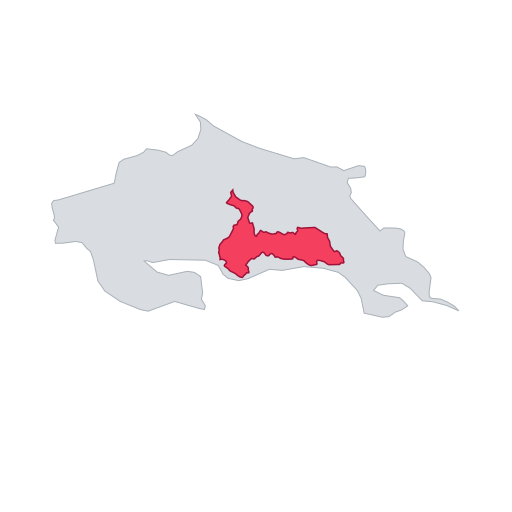 where San José sits in Costa Rica, rotated 318°
{"feature_id": "CRI-1331", "entity_name": "San José", "entity_type": "Province", "adm_level": 1, "iso_a3": "CRI", "parent_name": "Costa Rica", "parent_adm1": "", "projection": "equal_earth", "projection_center": [-83.994, 9.633], "detail": "fine", "context": "in_parent", "style": "filled", "palette": "rose", "viewbox_px": 512, "rotation_deg": 318, "n_neighbors": 0, "source": "natural_earth", "source_scale": "10m", "svg_char_len": 6580}
<svg xmlns="http://www.w3.org/2000/svg" viewBox="0 0 512 512"><g transform="rotate(318 256 256)"><path d="M396.5,261.8L396.1,263.9L394.6,266.1L392.5,268.3L389.8,269.9L383.1,265.3L376.6,260.1L372.9,262.5L371.6,269.2L369.2,272.7L366.1,274.0L364.9,276.3L364.7,299.0L364.9,320.4L369.9,320.8L378.1,328.3L381.7,332.7L382.8,336.7L381.8,338.7L375.7,343.3L369.8,349.3L366.9,356.6L372.1,368.5L373.2,376.6L373.0,385.1L371.6,389.2L360.2,398.9L357.6,402.3L358.0,404.8L364.3,411.5L367.3,418.0L369.8,425.8L370.1,432.6L364.4,420.0L356.5,408.0L349.6,400.6L349.0,383.3L346.2,373.9L335.8,365.2L326.9,359.2L320.3,360.4L324.4,370.4L334.8,383.1L335.5,388.0L335.4,394.6L328.2,393.5L321.8,390.9L314.1,390.0L309.0,386.1L298.1,370.9L305.8,357.9L308.2,349.4L308.0,331.7L306.2,323.2L297.8,310.1L284.5,295.9L265.8,284.2L257.0,274.8L235.1,267.6L226.7,262.8L220.3,253.9L219.3,247.5L221.6,237.7L215.6,225.3L189.5,200.8L174.9,191.8L171.8,186.5L169.5,184.9L171.7,201.7L178.1,211.9L194.7,221.4L199.3,227.0L201.1,234.2L191.5,247.9L186.5,251.5L185.1,259.0L181.9,261.3L178.6,256.9L165.1,235.3L139.0,224.9L134.3,218.6L124.7,198.9L120.2,180.8L121.8,168.8L132.6,150.1L136.0,142.0L135.3,137.0L135.7,129.6L131.7,124.5L121.8,117.8L115.5,112.4L117.2,109.7L128.6,102.5L129.3,95.9L129.3,93.8L131.1,93.3L132.8,91.6L133.8,89.8L136.9,83.5L139.6,80.0L142.7,79.4L146.5,82.0L160.8,88.8L176.7,96.3L199.3,107.0L208.7,100.1L216.8,94.9L222.4,95.6L234.6,101.7L241.9,103.7L246.4,103.1L254.2,112.0L258.5,118.7L259.2,123.2L261.5,125.6L267.6,126.1L282.5,130.7L291.5,129.8L299.8,125.0L304.3,119.2L305.7,110.1L307.8,114.6L310.3,121.7L311.4,130.8L322.0,161.2L330.6,178.2L349.3,209.2L357.4,214.9L371.0,239.8L375.7,243.9L378.4,251.3L392.6,257.4L396.5,261.8Z" fill="#d9dde1" stroke="#a8b0b8" stroke-width="1"/><path d="M268.6,218.4L269.5,218.2L271.7,217.2L273.3,215.9L274.4,212.2L274.9,209.9L274.8,209.1L274.5,208.7L274.1,208.2L273.4,207.2L273.3,204.5L273.1,203.6L272.0,202.0L270.0,198.2L269.7,197.3L269.7,196.7L270.1,196.5L273.8,196.2L275.4,195.7L277.3,195.5L277.7,195.3L278.2,194.6L279.8,191.8L282.9,191.4L282.2,192.4L281.6,193.4L280.5,198.5L281.7,203.9L281.9,204.3L282.2,204.8L282.9,205.7L283.6,206.4L284.0,206.6L284.2,206.8L285.9,209.3L286.2,210.0L286.4,210.9L286.6,213.9L286.9,216.4L286.8,217.3L286.5,217.8L286.2,218.1L285.7,218.4L284.7,218.5L283.6,220.0L283.4,220.2L283.1,220.3L282.8,220.2L282.6,220.0L281.8,219.9L279.6,219.9L279.6,220.0L275.7,221.8L273.5,226.7L273.3,227.6L273.5,227.7L273.8,228.0L275.5,229.0L273.0,234.2L272.4,235.1L271.4,236.0L269.9,237.8L269.3,239.1L269.1,239.8L269.0,240.3L269.0,240.6L269.1,240.9L269.1,241.2L269.3,241.4L269.5,241.6L269.9,241.5L271.0,241.0L271.6,240.8L271.9,240.8L272.4,240.8L272.9,241.0L276.0,240.1L276.7,240.2L276.9,241.3L277.0,241.8L277.2,242.4L277.7,243.8L279.4,244.5L279.8,245.0L279.9,245.3L279.9,245.5L280.6,247.2L282.5,250.4L283.0,250.9L283.2,251.0L284.2,251.5L286.0,252.7L286.4,252.8L286.6,252.7L286.8,252.6L287.0,252.4L287.4,252.3L288.0,252.4L288.4,252.6L288.6,252.8L288.8,253.0L289.4,254.4L290.0,256.0L290.0,256.3L290.2,256.8L290.5,257.7L291.0,258.6L291.2,259.0L291.5,259.3L293.6,259.9L294.0,259.9L295.6,259.7L296.5,261.4L296.8,261.7L297.2,262.0L298.5,262.6L298.8,262.9L299.1,263.2L299.1,263.5L299.4,264.7L299.6,266.2L299.7,266.3L299.9,266.4L301.1,265.6L301.5,265.4L302.7,265.4L303.0,265.4L303.3,265.4L303.5,265.3L303.7,265.2L303.9,265.1L304.0,264.9L304.2,264.7L304.3,264.5L304.7,263.5L305.1,263.0L306.1,262.6L308.2,265.6L309.0,266.4L309.8,266.9L310.0,267.0L318.9,274.2L321.7,284.4L322.4,285.7L322.7,286.1L323.7,287.1L321.9,289.7L321.6,290.1L321.4,290.7L320.8,293.4L320.6,294.1L320.4,294.5L318.1,298.0L317.8,298.5L317.8,298.8L317.0,304.6L317.0,304.9L317.1,305.1L317.3,305.2L318.0,305.4L318.2,305.5L318.3,305.7L318.5,305.9L318.6,306.1L318.8,306.2L319.1,306.2L319.3,306.1L319.5,306.1L319.6,306.3L319.7,306.5L319.8,306.8L319.9,307.1L320.0,307.5L320.1,308.2L320.2,309.5L320.0,310.2L319.4,311.8L319.2,312.4L319.2,312.9L319.4,315.5L319.4,316.0L319.3,316.5L319.1,316.7L318.9,316.8L318.7,316.9L318.5,317.2L318.2,317.5L317.3,319.2L317.1,319.4L316.9,319.6L316.7,319.7L316.3,319.6L316.1,319.5L315.7,319.2L315.2,318.5L314.8,318.1L314.6,318.0L314.3,318.0L314.1,318.0L313.4,318.1L312.5,318.2L312.3,318.1L304.6,311.5L304.0,310.6L303.8,310.1L303.7,309.9L303.1,307.0L303.1,306.7L303.0,306.4L302.7,305.7L300.8,302.5L299.6,301.0L298.8,300.5L298.6,300.4L298.4,300.4L298.1,300.4L297.9,300.4L297.6,300.5L297.4,300.6L297.2,300.8L296.3,302.3L296.2,302.5L295.8,302.8L295.6,302.8L294.9,302.6L290.7,300.1L290.2,299.4L289.9,298.9L289.6,298.4L289.2,297.3L288.7,295.1L288.5,293.8L288.5,293.1L288.6,292.0L288.3,291.3L287.8,290.3L285.1,286.6L285.0,286.4L284.6,284.2L284.5,283.7L283.9,282.3L283.6,281.9L283.4,281.6L283.1,281.6L282.9,281.6L282.6,281.6L282.4,281.7L282.2,281.8L282.0,282.0L281.9,282.1L281.7,282.3L281.6,282.6L280.3,282.1L274.8,277.2L272.9,274.7L271.5,271.1L269.7,270.0L269.4,269.3L269.6,268.8L269.8,268.2L269.8,267.8L269.8,267.1L269.7,265.7L269.5,265.1L269.3,264.6L269.1,264.5L268.7,264.3L267.9,264.1L266.8,264.1L266.1,264.3L265.7,264.2L265.0,263.9L264.4,263.1L264.1,262.7L263.9,262.2L263.9,261.9L264.0,261.2L264.1,260.2L264.2,259.8L264.1,259.3L264.0,258.4L263.7,257.9L263.4,257.6L263.2,257.5L262.5,257.3L258.7,257.8L257.5,257.7L256.4,257.0L253.4,257.1L252.5,256.9L252.3,256.7L251.8,255.8L251.4,255.5L251.0,254.9L249.8,254.8L246.2,255.0L244.0,255.6L243.0,255.6L242.5,255.7L242.3,255.9L242.3,256.2L242.6,258.4L242.5,259.1L242.4,259.4L242.3,259.7L242.0,260.1L241.0,261.1L240.8,261.4L240.7,261.7L240.1,263.0L239.9,263.3L239.7,263.5L239.4,263.5L239.2,263.5L239.0,263.4L238.8,263.2L238.6,263.1L238.2,262.5L238.0,262.3L237.8,262.2L237.6,262.1L237.3,262.1L236.0,262.6L235.7,262.6L234.9,262.2L232.3,262.8L231.4,262.7L231.2,262.4L230.6,261.7L230.0,260.7L229.7,259.7L229.4,258.8L228.9,255.1L228.8,254.8L227.0,250.4L226.8,249.8L226.7,249.4L226.8,247.2L226.6,245.9L225.9,243.0L225.9,242.7L225.9,242.4L226.0,242.1L226.1,241.9L226.3,241.7L226.5,241.6L227.2,241.4L228.8,241.5L229.1,241.5L229.3,241.4L229.5,241.3L229.7,241.1L229.8,240.8L230.0,240.4L230.1,239.5L230.1,238.8L230.0,238.4L229.6,237.4L229.1,236.5L229.0,236.2L228.6,235.8L228.3,235.5L227.7,235.1L226.9,234.6L227.7,233.8L228.3,233.7L228.5,232.7L228.6,232.2L230.2,229.7L230.2,229.3L230.2,229.0L230.5,228.6L231.0,228.1L232.5,227.1L233.4,225.8L233.6,225.5L233.6,225.3L234.3,224.8L236.9,223.3L240.6,222.8L242.7,222.3L244.3,222.9L246.0,223.3L246.3,223.4L246.7,223.6L247.7,223.7L248.2,223.9L249.7,223.6L255.3,221.5L257.6,220.5L258.9,218.7L260.3,218.4L262.0,219.5L263.0,220.0L266.0,218.2L266.4,218.2L268.6,218.4Z" fill="#f43f5e" stroke="#9f1239" stroke-width="1.5"/></g></svg>